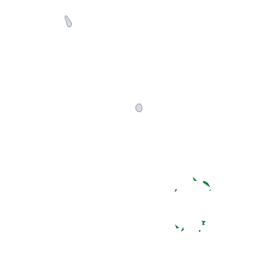 Maldives, with Thaa highlighted, rotated 315°
{"feature_id": "MDV-5238", "entity_name": "Thaa", "entity_type": "Atoll", "adm_level": 1, "iso_a3": "MDV", "parent_name": "Maldives", "parent_adm1": "", "projection": "albers", "projection_center": [73.162, 2.359], "detail": "fine", "context": "in_parent", "style": "filled", "palette": "green", "viewbox_px": 256, "rotation_deg": 315, "n_neighbors": 0, "source": "natural_earth", "source_scale": "10m", "svg_char_len": 1113}
<svg xmlns="http://www.w3.org/2000/svg" viewBox="0 0 256 256"><g transform="rotate(315 128 128)"><path d="M161.9,14.4L159.9,15.5L158.0,15.1L157.3,13.7L158.3,11.6L159.9,9.0L161.0,6.1L162.6,4.5L163.8,5.1L163.7,6.7L163.1,8.9L162.7,11.8L161.9,14.4ZM150.7,125.0L148.1,125.2L146.6,123.2L146.9,120.3L148.9,118.2L152.0,118.1L153.8,119.9L152.8,122.8L150.7,125.0Z" fill="#d9dde1" stroke="#a8b0b8" stroke-width="1"/><path d="M143.3,219.1L144.1,220.6L144.6,221.9L144.7,222.2L144.8,223.8L144.3,225.3L143.3,220.1L143.3,219.1ZM92.6,232.1L92.7,233.5L92.2,233.1L92.2,232.8L92.4,232.5L92.6,232.1ZM115.0,247.3L115.2,247.5L115.7,248.2L115.0,248.2L114.8,248.0L115.0,247.7L115.0,247.3ZM138.6,211.0L138.7,212.4L138.3,212.1L138.2,211.8L138.4,211.4L138.6,211.0ZM113.6,248.8L113.5,249.1L113.5,249.4L113.5,249.5L113.1,249.4L113.1,249.1L113.4,248.9L113.6,248.8ZM95.2,238.4L95.0,238.7L94.6,238.6L95.2,238.4ZM118.6,205.4L118.4,205.7L118.1,205.7L118.6,205.4ZM106.5,251.2L106.2,251.4L105.9,251.5L105.9,251.4L106.5,251.2ZM142.1,229.7L142.1,229.8L142.0,230.2L141.9,230.4L142.1,229.7Z" fill="#22c55e" stroke="#15803d" stroke-width="1.5"/></g></svg>